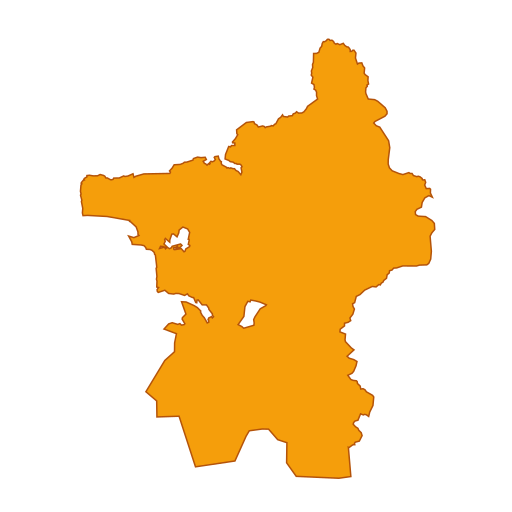 outline of Batken, Batken, Kyrgyzstan, rotated 272°
{"feature_id": "92254566B65149347501284", "entity_name": "Batken", "entity_type": "district", "adm_level": 2, "iso_a3": "KGZ", "parent_name": "Kyrgyzstan", "parent_adm1": "Batken", "projection": "equal_earth", "projection_center": [70.889, 39.851], "detail": "fine", "context": "isolated", "style": "filled", "palette": "amber", "viewbox_px": 512, "rotation_deg": 272, "n_neighbors": 0, "source": "geoboundaries", "source_scale": "gbopen_adm2", "svg_char_len": 6119}
<svg xmlns="http://www.w3.org/2000/svg" viewBox="0 0 512 512"><g transform="rotate(272 256 256)"><path d="M474.8,319.5L473.8,319.0L472.5,317.0L472.6,315.8L470.8,314.8L467.8,314.3L466.0,312.8L461.8,311.7L460.6,309.5L460.4,306.5L451.6,306.6L449.4,305.8L446.3,306.1L442.8,304.9L440.7,305.3L438.7,304.9L436.7,306.6L430.7,305.5L429.4,307.9L426.7,308.5L424.8,308.1L423.9,309.8L421.8,310.8L418.4,310.9L415.0,312.1L407.4,302.3L404.9,301.2L401.8,298.9L400.5,296.8L400.3,293.5L401.6,291.5L400.2,290.4L399.4,288.3L397.5,287.4L397.0,283.7L396.0,282.8L396.4,278.5L398.0,277.6L395.4,275.8L393.9,273.7L388.8,271.2L388.3,270.0L386.6,268.6L386.9,266.7L386.3,266.3L385.4,261.9L384.6,260.7L385.7,259.8L386.2,258.1L385.0,253.8L387.0,252.4L388.2,249.9L389.9,249.3L390.2,248.3L389.1,241.7L381.4,232.2L377.6,232.6L376.6,233.5L372.5,231.3L369.1,228.5L368.3,228.7L368.2,230.9L365.7,231.0L365.5,227.6L364.2,226.8L364.5,224.9L356.4,222.0L351.9,221.7L350.5,225.6L349.4,226.9L349.0,229.9L347.7,231.6L347.7,233.3L347.1,233.8L347.2,236.8L346.3,238.0L344.7,238.9L343.6,238.0L339.3,239.0L336.7,238.0L339.8,235.2L340.9,232.8L342.5,231.5L342.5,229.8L343.2,227.7L342.6,226.9L343.3,225.2L342.9,223.9L343.5,223.7L346.0,218.7L347.6,218.0L349.1,218.1L349.5,217.2L351.9,215.5L354.5,214.8L353.9,211.5L353.1,210.8L351.0,212.0L349.3,210.6L348.6,208.9L349.1,207.7L347.6,206.4L346.7,206.9L346.0,206.2L346.6,205.3L345.1,203.9L346.4,202.4L346.8,201.2L348.8,199.9L350.7,203.0L352.9,201.8L352.4,197.6L352.8,194.1L351.2,190.1L349.6,189.6L347.4,183.5L347.2,181.1L346.2,180.1L344.9,177.1L344.3,171.0L340.9,169.1L338.0,166.6L336.9,167.6L335.5,167.0L334.1,141.0L331.5,133.0L330.3,131.3L333.9,130.2L331.4,125.1L330.9,122.2L331.4,121.0L329.2,116.6L328.9,111.1L327.6,110.5L327.1,108.8L327.2,107.8L328.8,104.7L328.7,103.3L330.5,102.1L331.2,100.8L332.0,97.4L330.6,94.8L330.4,90.5L330.9,86.7L330.5,84.2L329.1,84.2L327.6,81.8L326.7,81.3L326.0,81.8L325.7,80.8L323.3,78.9L322.3,78.8L322.0,79.4L320.7,78.6L314.5,78.3L311.8,79.0L310.7,78.5L305.7,80.0L304.4,79.6L297.5,81.2L293.0,81.0L290.3,81.7L290.7,86.3L290.3,105.8L287.1,128.6L286.2,128.4L285.7,129.6L280.9,135.2L275.9,137.2L273.5,137.3L272.4,138.3L270.1,133.3L271.5,128.0L265.9,131.3L263.3,131.9L263.0,140.9L262.4,143.8L260.6,145.5L258.9,146.2L258.8,149.8L258.1,151.8L256.0,154.2L254.2,154.6L253.4,155.4L243.0,157.0L241.1,157.2L240.3,156.6L232.1,157.7L229.4,157.3L227.5,157.9L221.5,157.9L221.1,159.7L218.9,158.3L217.2,158.6L216.2,159.6L218.6,166.1L215.5,170.0L215.1,175.1L215.8,177.2L215.8,180.4L214.1,186.0L215.8,188.8L213.9,190.2L212.3,193.9L212.3,195.1L207.4,197.4L207.2,198.4L209.9,198.6L210.1,199.8L205.3,203.9L205.4,208.2L202.4,210.5L201.0,210.8L196.7,214.4L195.3,214.5L193.8,215.7L192.6,214.5L193.8,213.5L192.4,210.9L190.6,210.3L190.3,210.9L188.2,211.1L187.4,209.6L192.5,206.5L194.8,204.3L198.0,202.5L199.1,202.7L202.4,199.2L204.3,195.8L207.6,187.8L207.7,183.2L195.5,188.0L191.8,184.6L190.3,184.4L185.8,187.3L184.9,186.6L184.3,183.9L185.8,182.3L184.9,180.2L186.4,174.6L185.1,171.1L179.8,166.6L175.6,179.2L166.3,177.7L157.5,177.9L148.4,168.5L116.5,150.7L107.7,161.8L91.7,162.6L93.2,184.7L43.2,202.9L50.4,242.1L75.6,252.4L81.1,255.4L83.3,268.2L83.4,274.6L73.2,284.1L70.5,293.4L50.4,293.8L37.2,303.9L36.8,346.6L38.9,358.5L67.9,355.0L67.6,355.4L70.7,359.3L70.9,361.3L72.2,360.9L73.4,361.7L74.6,365.7L80.2,368.3L83.1,367.3L85.4,364.8L87.3,363.9L88.9,361.3L91.3,359.0L93.0,359.4L94.6,360.8L95.4,363.6L101.9,366.0L100.9,368.8L101.5,369.9L101.3,371.6L99.6,374.2L104.0,375.1L110.7,378.1L119.2,378.6L120.8,377.4L124.1,371.1L126.2,369.5L127.1,367.6L126.7,365.3L129.6,364.7L132.1,361.9L134.0,361.5L134.8,360.7L135.1,357.4L135.9,355.1L140.0,351.9L142.1,356.0L144.1,357.6L149.8,359.8L154.1,360.6L155.9,357.3L157.1,352.7L159.0,350.5L165.6,357.2L167.5,354.4L173.5,348.4L175.3,347.9L181.1,348.2L183.1,342.5L185.8,342.7L189.2,346.9L191.9,346.8L192.9,350.3L194.7,352.9L197.3,352.0L201.2,354.8L206.4,356.2L209.1,354.6L211.7,354.2L212.8,356.2L219.1,357.6L221.1,361.3L225.7,365.8L229.6,373.2L229.3,377.1L231.8,379.8L231.4,381.2L233.3,382.2L234.3,383.8L236.0,384.5L238.3,387.2L241.8,387.7L243.6,389.7L246.0,390.0L246.7,392.4L248.7,394.0L249.0,397.0L251.2,403.0L251.6,416.7L252.6,419.7L253.1,427.0L254.6,428.9L259.0,430.7L266.8,431.1L281.9,429.3L285.4,431.0L288.8,433.7L294.8,433.1L297.6,430.5L301.3,424.1L301.5,416.7L303.0,414.0L305.9,413.6L308.3,415.2L310.6,419.6L315.3,420.2L320.0,422.7L322.4,426.7L320.9,430.2L325.0,428.1L328.8,428.1L329.6,427.2L329.3,423.8L332.8,422.1L335.5,423.0L338.1,422.0L337.8,420.3L338.1,419.6L339.3,419.3L340.9,417.1L341.4,415.3L340.9,414.0L341.9,410.5L343.9,409.1L343.9,407.0L344.7,405.9L342.5,400.0L343.4,396.0L345.9,389.1L348.7,386.3L352.5,384.9L356.8,384.8L368.9,385.9L375.8,384.5L389.1,375.2L390.4,371.6L393.0,369.0L394.6,370.2L400.2,380.0L402.7,382.0L405.2,381.9L408.7,379.9L414.9,372.2L416.4,369.1L416.8,362.7L422.3,360.1L424.1,359.8L427.9,360.0L429.5,361.3L430.7,360.9L431.8,362.5L435.2,361.7L439.0,361.8L441.1,358.7L442.5,357.7L447.7,358.0L449.8,356.2L452.7,355.0L452.4,352.1L451.4,350.7L457.3,348.5L462.3,348.8L465.1,346.7L465.0,345.5L463.9,344.5L463.7,343.0L465.3,343.0L466.8,342.1L468.1,340.8L468.2,339.5L469.5,337.4L471.6,335.8L470.1,332.4L471.2,329.7L470.4,328.5L471.5,326.8L473.1,326.0L474.3,324.4L474.0,322.4L475.0,321.6L475.2,320.4L474.8,319.5ZM183.4,246.2L185.0,244.3L186.8,240.5L195.2,246.0L205.0,246.7L210.4,249.4L210.0,251.7L211.8,252.3L211.1,256.9L210.1,261.5L207.6,268.1L206.7,267.5L203.4,262.1L195.2,257.1L192.4,255.9L189.0,256.5L186.7,256.3L183.4,246.2ZM257.7,183.9L260.8,181.0L259.5,174.6L259.7,173.7L261.3,173.4L261.5,175.0L260.7,176.4L262.4,176.1L263.0,177.2L261.3,177.8L261.7,179.6L264.0,181.7L265.4,180.2L262.8,171.9L261.2,171.0L260.3,169.2L261.6,167.1L260.0,165.3L261.0,164.8L261.5,163.6L260.1,159.3L262.4,160.3L262.2,163.3L261.4,164.8L262.0,166.8L264.8,163.6L267.6,164.8L269.0,164.1L270.4,164.8L266.8,169.3L269.1,169.3L274.9,171.1L275.2,172.8L272.4,176.4L276.4,178.0L279.3,178.3L282.4,181.9L280.7,186.7L277.3,188.9L270.4,187.7L270.4,188.4L269.6,188.7L265.2,187.9L264.3,189.5L263.1,189.3L260.6,185.6L258.3,184.9L257.7,183.9Z" fill="#f59e0b" stroke="#b45309" stroke-width="1.5"/></g></svg>